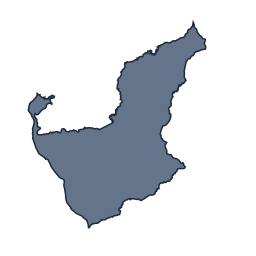 La Gloria, Cesar, Colombia (orthographic projection), rotated 347°
{"feature_id": "7082276B41841222112107", "entity_name": "La Gloria", "entity_type": "district", "adm_level": 2, "iso_a3": "COL", "parent_name": "Colombia", "parent_adm1": "Cesar", "projection": "orthographic", "projection_center": [-73.641, 8.636], "detail": "fine", "context": "isolated", "style": "filled", "palette": "slate", "viewbox_px": 256, "rotation_deg": 347, "n_neighbors": 0, "source": "geoboundaries", "source_scale": "gbopen_adm2", "svg_char_len": 5784}
<svg xmlns="http://www.w3.org/2000/svg" viewBox="0 0 256 256"><g transform="rotate(347 128 128)"><path d="M32.8,116.0L33.9,127.0L35.5,133.1L40.1,138.2L40.7,139.7L41.2,139.3L43.0,141.1L44.7,149.0L46.9,154.3L50.3,161.0L53.9,163.8L53.8,166.3L52.5,169.6L52.6,172.4L52.3,177.8L51.5,183.3L51.6,186.8L54.2,192.4L54.2,193.8L55.2,195.3L58.6,199.8L63.2,203.3L64.7,205.9L67.0,208.4L67.5,212.5L67.1,216.3L68.3,216.0L69.7,214.2L70.7,214.1L72.3,213.0L72.8,213.6L74.5,213.5L77.0,213.9L79.8,212.8L81.4,211.5L81.8,211.9L83.4,211.8L85.0,212.3L88.2,211.1L89.7,211.4L91.4,210.5L93.2,211.3L94.5,210.4L98.2,210.7L99.3,210.3L100.3,210.4L101.8,207.8L101.9,207.0L100.7,206.2L100.8,205.0L101.2,204.9L101.5,204.3L102.2,204.5L102.2,204.0L102.7,203.6L103.8,203.8L104.0,202.6L104.8,202.1L105.3,201.1L106.1,200.9L106.1,199.5L106.5,199.0L110.3,197.6L111.2,197.8L112.1,197.2L113.4,197.1L114.1,197.4L113.8,198.1L114.1,198.4L115.8,197.7L117.8,198.3L120.6,199.7L122.0,199.3L123.4,200.9L125.1,201.7L125.9,201.0L129.0,200.3L129.6,199.7L130.7,199.2L131.7,199.2L132.6,198.5L134.9,198.2L136.3,198.8L139.1,198.5L140.7,196.0L141.5,196.2L142.1,194.9L142.0,194.3L142.8,194.5L143.1,193.9L144.6,194.0L144.9,191.8L145.7,190.1L146.7,189.4L148.3,189.0L149.1,189.4L150.3,189.4L150.6,188.7L152.2,189.5L155.1,188.7L155.4,189.0L156.7,189.1L158.0,187.5L158.4,187.6L160.0,186.5L160.0,185.2L160.4,184.2L161.2,184.3L161.4,183.6L162.9,182.9L163.7,182.9L163.7,182.3L166.0,181.0L166.2,180.2L167.3,179.2L169.1,178.9L170.3,179.5L173.0,180.0L174.0,179.9L175.1,178.7L173.7,176.5L174.2,175.7L173.7,174.2L172.0,174.4L171.6,174.1L170.8,171.7L170.0,170.5L168.7,169.1L165.3,167.4L164.0,163.7L162.3,163.2L160.1,162.0L160.7,158.7L160.6,157.3L160.1,156.3L160.0,153.5L162.5,150.8L160.8,149.5L158.9,147.3L159.2,146.5L158.3,145.5L158.2,143.5L158.5,142.5L157.8,141.7L159.3,138.4L162.4,133.8L163.7,134.0L165.9,133.5L169.9,130.4L172.0,127.2L172.8,124.1L171.5,123.5L172.1,121.5L171.8,119.0L172.1,117.8L174.9,116.1L175.6,114.5L175.7,111.7L177.6,108.6L178.9,107.7L178.5,105.8L179.2,104.5L179.9,104.3L179.8,103.5L180.4,103.5L180.9,103.1L181.2,103.7L182.5,102.9L183.6,103.5L184.9,102.8L184.7,102.2L185.3,102.2L185.8,101.2L185.4,100.5L187.0,99.2L187.0,97.7L188.1,97.5L188.3,98.5L188.7,98.8L189.4,97.9L190.2,97.7L190.5,96.7L191.3,96.9L191.8,96.5L192.3,97.0L195.3,94.5L194.8,94.0L194.3,90.7L195.2,87.8L195.5,85.3L197.1,82.1L197.2,80.9L198.0,80.0L199.5,76.7L202.2,74.1L203.0,74.0L203.9,74.4L205.8,72.4L208.1,71.9L209.5,70.4L209.9,69.4L213.8,68.8L214.4,69.0L217.0,68.3L221.2,68.5L221.9,66.9L222.0,65.7L221.3,62.9L223.2,59.8L223.1,58.7L221.3,57.9L220.7,57.2L220.0,55.2L218.9,54.1L217.2,50.7L217.0,47.0L215.3,44.8L215.8,42.4L215.3,39.7L213.8,43.4L212.4,43.9L211.6,45.1L210.9,45.5L209.1,45.6L207.7,47.4L207.8,48.4L205.1,49.5L204.1,51.1L202.7,52.2L199.1,52.1L197.4,52.9L193.6,53.8L191.4,53.2L189.1,54.1L188.7,54.5L187.8,54.2L186.9,54.4L185.9,53.7L183.7,53.1L181.8,53.7L180.9,54.3L178.2,54.6L177.5,54.9L177.4,55.4L177.0,54.9L176.2,54.8L175.6,55.3L175.7,56.2L175.0,56.0L175.5,56.8L175.3,57.8L174.6,58.3L173.8,57.7L173.1,58.1L173.7,58.8L174.3,58.7L174.4,59.0L173.4,59.4L173.2,59.9L172.8,59.4L172.2,59.6L171.6,61.0L171.9,61.7L171.1,61.7L171.2,62.2L170.6,62.7L169.4,62.5L169.6,61.7L168.9,61.1L167.9,61.5L168.0,60.5L166.6,60.4L167.9,59.2L166.9,58.5L167.1,58.2L168.1,58.0L167.6,57.4L167.1,57.4L166.6,58.1L164.8,57.4L164.2,58.3L164.3,59.3L163.6,58.9L162.0,59.2L161.7,58.7L161.1,59.3L159.3,59.8L159.1,61.0L158.4,61.8L157.7,61.8L157.0,61.1L155.0,61.4L154.5,62.0L153.9,61.7L153.3,62.4L152.6,62.2L153.0,63.2L152.1,63.7L151.4,63.1L149.8,63.3L149.3,63.8L147.5,64.2L146.0,64.0L144.6,64.3L141.8,63.3L141.0,64.2L140.2,63.7L139.6,63.9L138.8,66.1L138.8,67.9L137.0,69.8L136.1,69.7L134.7,71.5L133.5,71.9L134.0,73.2L133.2,75.2L131.4,76.8L130.4,77.2L128.5,79.1L129.1,80.6L127.2,84.1L126.2,87.1L126.5,88.0L127.6,87.8L127.3,89.6L128.7,91.5L127.8,93.6L128.5,94.3L127.7,96.0L127.7,97.4L126.9,98.4L128.3,99.7L128.0,101.4L125.8,102.6L125.6,104.6L122.9,105.3L122.2,106.3L121.5,106.5L121.2,108.4L120.9,108.3L120.6,107.3L120.1,107.5L119.5,110.5L119.8,111.0L119.2,112.2L118.2,112.4L118.4,112.0L119.2,111.9L119.0,111.4L117.8,111.7L116.7,111.5L116.6,112.1L115.6,111.2L114.7,111.8L114.7,112.4L114.0,112.7L113.6,112.5L113.8,111.9L112.9,112.3L112.2,113.6L112.7,114.1L112.8,115.7L113.5,116.1L114.1,115.6L114.0,116.4L114.5,116.8L114.2,117.3L114.9,117.3L115.3,117.8L114.6,118.5L114.7,119.0L113.9,119.0L113.7,119.7L99.4,123.2L99.1,122.4L97.4,121.4L94.8,121.3L93.3,119.9L92.5,119.9L90.1,118.9L87.2,118.8L87.0,118.2L86.2,118.4L86.0,118.0L85.7,118.7L85.0,118.3L84.2,119.2L81.4,118.8L79.4,118.9L79.3,120.4L78.4,120.8L77.5,120.3L77.2,119.5L76.4,118.9L75.3,118.2L74.7,118.3L74.5,117.7L72.8,118.2L70.9,117.7L69.7,118.4L68.2,118.2L66.8,117.3L66.4,115.5L65.8,114.7L64.6,114.1L63.4,114.2L62.4,115.4L62.3,116.5L60.7,117.3L60.2,116.8L59.0,116.8L58.9,116.0L57.9,115.5L54.7,115.5L54.1,115.2L53.7,115.9L53.2,115.9L52.5,115.7L52.0,114.8L51.8,115.1L51.1,114.8L49.2,115.9L47.2,115.2L45.6,115.7L44.9,115.1L41.7,115.2L39.0,114.4L38.3,112.8L38.7,111.3L39.4,110.4L42.5,108.9L42.4,107.8L40.4,106.6L40.4,104.1L41.0,102.7L40.4,100.9L41.1,99.3L39.7,96.4L40.0,93.9L41.0,93.2L42.0,94.5L43.4,94.5L48.3,91.0L52.1,90.0L53.2,88.9L53.8,87.0L54.6,86.5L56.7,86.1L58.1,86.6L59.1,87.7L59.4,86.5L58.2,85.6L58.6,84.5L58.2,82.6L59.9,81.9L61.1,82.1L62.6,81.2L62.3,81.8L62.6,81.9L63.3,81.0L61.6,79.1L59.9,79.6L60.2,80.8L59.5,80.9L58.9,80.1L57.9,80.1L56.9,81.3L56.3,81.2L56.2,81.8L54.1,80.6L53.6,79.8L53.0,79.9L52.9,80.6L52.6,79.9L53.4,79.2L51.2,79.1L49.5,76.8L49.8,75.8L48.0,75.5L47.8,74.3L47.3,73.8L47.1,75.2L44.9,77.8L43.4,78.5L42.2,79.7L39.1,81.1L37.5,82.4L35.0,87.8L35.0,89.3L36.8,92.9L36.9,95.0L37.6,96.3L38.1,99.9L37.6,102.3L34.7,107.6L34.5,110.5L33.7,111.6L33.6,114.5L33.3,115.6L32.8,116.0Z" fill="#64748b" stroke="#1e293b" stroke-width="1.5"/></g></svg>